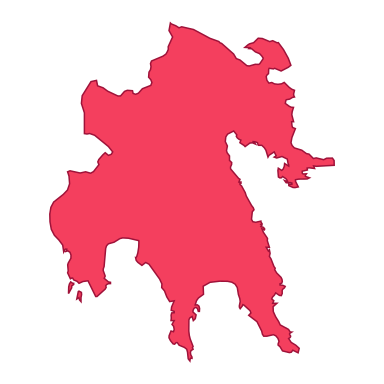 the Region of Peloponnisos
{"feature_id": "GRC-2885", "entity_name": "Peloponnisos", "entity_type": "Region", "adm_level": 1, "iso_a3": "GRC", "parent_name": "Greece", "parent_adm1": "", "projection": "orthographic", "projection_center": [22.642, 37.277], "detail": "fine", "context": "isolated", "style": "filled", "palette": "rose", "viewbox_px": 384, "rotation_deg": 0, "n_neighbors": 0, "source": "natural_earth", "source_scale": "10m", "svg_char_len": 5962}
<svg xmlns="http://www.w3.org/2000/svg" viewBox="0 0 384 384"><path d="M290.9,65.3L288.3,67.3L281.1,71.0L274.7,68.3L273.4,68.9L269.2,68.3L268.7,69.3L268.5,73.7L267.2,74.7L266.2,76.5L266.9,80.3L268.9,83.1L271.8,82.5L274.5,83.9L278.0,84.3L281.6,83.8L284.2,82.4L289.0,87.2L291.7,89.2L294.5,90.3L293.6,94.0L293.8,95.6L294.5,97.0L292.5,97.4L289.7,99.1L286.4,99.7L285.9,100.3L285.3,103.4L289.1,106.2L291.1,107.2L293.5,107.4L292.2,111.7L291.8,114.7L293.6,121.7L291.6,121.7L292.0,125.8L292.6,127.5L295.4,128.6L291.9,137.6L291.0,142.7L292.1,145.5L294.3,147.9L301.8,150.2L306.4,153.6L309.0,154.1L313.4,158.5L316.2,157.9L323.7,159.7L326.6,158.2L332.4,158.1L334.1,160.5L334.2,165.3L316.3,166.3L313.6,165.9L314.6,168.5L309.1,167.8L307.1,168.1L307.4,170.0L302.2,171.2L302.2,173.1L303.2,174.0L306.4,173.8L305.4,175.2L305.4,176.4L309.5,177.8L307.1,179.0L298.7,179.1L295.5,179.7L295.5,181.3L298.3,186.9L295.1,187.6L293.0,187.5L288.8,185.6L288.8,184.3L291.9,184.3L291.9,183.0L290.1,182.5L288.0,182.9L286.1,182.7L284.6,180.6L287.8,181.9L287.0,180.1L285.9,178.7L282.6,176.5L281.4,177.8L279.9,177.9L278.4,177.0L277.9,170.5L278.3,168.2L281.7,170.4L283.2,169.0L284.3,166.3L284.6,163.5L288.7,166.1L288.7,164.9L288.0,163.2L287.3,159.1L282.0,156.5L276.7,158.0L274.2,157.1L276.2,155.8L274.2,151.9L269.0,155.3L268.0,157.1L265.9,150.2L264.3,147.7L261.8,145.3L258.6,145.3L258.0,144.7L257.5,142.7L255.3,141.8L252.4,141.5L254.2,142.1L255.5,144.1L252.4,142.8L249.8,143.1L245.1,146.6L244.1,145.5L239.9,142.7L240.9,140.1L239.0,139.3L237.3,137.9L236.3,136.3L236.8,134.9L233.7,131.0L227.6,134.1L225.8,136.9L225.3,141.6L227.4,146.0L226.5,150.6L227.1,152.7L229.5,155.9L229.5,160.4L231.7,162.5L231.6,164.5L230.5,167.0L230.6,168.9L238.6,178.4L240.0,179.3L238.9,182.0L241.0,182.0L241.0,183.2L240.0,183.2L240.0,184.5L241.6,186.0L245.2,192.6L246.3,196.1L251.5,205.4L253.3,207.8L254.0,209.8L252.3,211.8L251.5,219.3L252.8,221.7L255.7,222.3L260.9,221.1L261.0,222.0L262.0,223.7L260.9,224.4L262.0,225.0L260.9,226.5L263.5,227.4L264.7,229.0L264.4,229.9L262.0,228.9L263.4,232.3L267.5,238.4L267.3,240.7L269.4,247.3L266.2,247.3L268.4,251.1L269.4,249.9L270.1,253.3L269.4,256.4L271.0,258.9L274.0,266.6L275.2,268.2L274.7,269.7L276.7,273.0L281.0,277.3L282.0,279.3L282.3,281.5L281.8,283.1L280.0,283.8L280.0,285.0L282.8,285.3L285.2,286.4L284.5,287.8L282.8,289.2L282.2,290.3L282.2,293.6L281.3,295.6L279.4,295.4L275.7,292.9L274.4,295.1L272.5,297.1L271.7,298.9L273.8,300.7L272.7,303.3L276.9,303.3L273.1,306.7L273.3,311.6L275.6,316.7L278.6,321.5L280.2,324.9L288.5,329.4L290.2,332.0L291.7,332.1L289.6,333.5L289.6,334.6L290.5,335.7L290.6,336.7L290.0,337.6L288.6,338.5L291.2,342.4L295.8,345.2L299.2,348.3L298.1,352.8L292.8,350.2L291.3,352.2L289.4,352.6L282.5,350.9L280.0,346.7L278.1,345.1L278.1,343.9L279.0,341.3L277.9,338.3L275.8,335.8L273.4,334.7L266.8,336.2L263.7,336.2L262.4,334.2L261.7,331.1L257.0,321.7L248.7,315.3L250.9,313.0L250.1,310.7L243.7,304.9L242.9,304.6L242.3,306.0L240.2,308.7L239.5,307.6L239.3,306.0L240.2,301.5L239.8,298.6L238.4,294.5L237.3,287.6L235.2,284.2L231.9,282.2L227.5,281.3L219.7,281.2L210.1,282.3L203.2,286.2L203.5,294.3L198.4,298.0L196.5,300.7L195.2,304.9L197.5,304.9L199.0,306.2L199.6,308.5L199.4,311.4L198.3,311.4L197.5,308.7L196.5,307.7L195.2,307.5L193.9,308.5L193.1,310.3L192.9,311.9L196.1,314.9L195.3,318.7L193.3,320.6L192.1,316.5L189.8,317.9L188.9,319.8L188.8,331.0L189.3,335.4L190.2,339.0L193.1,346.5L192.4,347.6L193.1,349.3L191.0,350.6L190.4,352.6L190.8,354.9L192.0,357.1L192.0,358.4L190.6,358.2L190.2,358.8L189.9,361.0L188.2,358.8L187.5,352.1L186.7,349.2L184.4,347.4L179.1,345.2L177.3,342.6L176.2,342.6L174.6,344.2L173.1,343.9L170.5,340.7L169.0,337.8L169.1,335.7L171.0,331.0L173.5,331.7L174.2,329.4L173.6,326.3L172.0,324.4L174.2,320.6L171.0,320.6L171.3,318.1L171.1,315.2L171.7,312.9L174.2,312.7L174.2,311.4L171.2,310.3L171.6,307.0L174.2,300.8L169.7,301.6L166.8,296.9L164.5,290.9L161.7,287.6L161.9,283.9L159.6,279.0L149.0,264.2L145.7,262.5L141.9,265.4L137.9,262.4L136.2,260.4L135.6,257.6L135.9,257.7L136.7,256.6L137.8,253.0L138.7,247.2L138.9,242.0L138.7,240.6L128.4,238.2L122.7,237.9L119.9,238.6L114.1,242.2L108.4,243.8L106.6,245.7L105.7,248.3L104.1,266.5L103.3,268.8L103.2,270.5L105.2,276.1L104.2,278.3L108.4,281.9L110.5,282.3L110.5,283.6L108.4,283.7L106.7,284.5L105.7,285.8L106.2,287.3L105.2,289.1L97.0,296.5L95.7,296.5L88.0,280.8L83.0,281.5L79.0,283.3L77.2,281.4L73.7,279.9L72.7,278.1L71.8,278.0L70.4,278.8L67.6,272.8L68.2,271.0L67.7,264.9L68.2,263.1L70.9,258.3L71.0,255.1L70.0,252.3L67.8,250.9L64.7,251.8L66.1,251.1L66.6,250.5L66.8,249.2L65.4,249.1L64.7,249.6L63.7,251.8L62.7,245.1L58.9,240.0L54.4,235.3L51.3,229.3L50.0,221.8L49.8,214.1L50.9,207.3L53.7,202.0L63.3,194.4L67.5,190.0L69.6,183.8L69.0,176.1L67.6,171.8L70.0,170.8L80.1,173.0L85.6,171.8L90.6,173.2L93.5,171.6L98.9,164.7L97.8,161.9L98.8,159.5L102.8,154.9L105.2,152.7L108.5,155.4L111.3,154.3L112.7,151.9L108.4,146.5L94.7,135.3L89.7,133.5L87.0,134.0L84.4,133.6L84.4,112.8L81.4,103.4L82.2,95.7L91.0,81.6L96.5,80.4L97.6,85.8L103.1,87.8L107.7,91.2L117.9,96.0L120.6,95.9L124.5,91.4L127.3,90.3L132.5,90.7L133.1,93.4L135.6,94.3L138.4,93.2L142.4,88.7L150.8,85.4L151.9,82.5L150.8,79.7L148.6,77.2L149.0,72.1L150.5,69.7L151.0,66.7L150.5,63.5L151.5,61.0L162.9,56.2L165.9,54.1L167.3,51.7L168.3,49.3L168.2,46.7L172.6,37.0L169.0,30.6L170.4,23.0L171.3,23.9L175.9,25.8L179.0,27.8L181.7,26.8L193.5,29.5L209.9,38.3L218.8,41.5L220.1,42.9L221.6,43.4L233.6,54.0L236.3,58.6L240.0,60.0L246.9,65.7L249.3,66.0L255.2,64.3L258.8,64.4L259.8,63.7L262.9,59.1L263.2,58.1L261.7,55.9L259.5,53.6L255.4,51.9L251.7,48.8L249.0,48.6L249.9,47.7L244.9,47.4L248.1,44.7L249.6,43.8L253.6,42.7L258.2,38.2L262.3,38.5L269.7,41.6L272.7,40.7L277.1,42.8L278.3,42.6L283.5,49.6L288.3,58.3L290.9,65.3ZM79.0,291.1L81.4,292.4L81.6,294.5L81.0,297.6L81.0,301.6L79.5,299.9L78.9,297.6L76.8,299.0L78.3,291.5L79.0,291.1ZM68.5,293.6L68.7,286.9L69.4,284.0L70.7,281.9L72.7,283.3L73.7,283.3L73.7,284.5L71.7,285.9L71.7,287.8L68.5,293.6Z" fill="#f43f5e" stroke="#9f1239" stroke-width="1.5"/></svg>